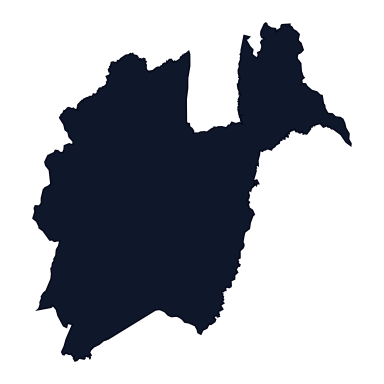 outline of Isoka, Muchinga, Zambia
{"feature_id": "96606910B95554535134500", "entity_name": "Isoka", "entity_type": "district", "adm_level": 2, "iso_a3": "ZMB", "parent_name": "Zambia", "parent_adm1": "Muchinga", "projection": "natural_earth1", "projection_center": [32.81, -10.022], "detail": "fine", "context": "isolated", "style": "filled", "palette": "ink", "viewbox_px": 384, "rotation_deg": 0, "n_neighbors": 0, "source": "geoboundaries", "source_scale": "gbopen_adm2", "svg_char_len": 5834}
<svg xmlns="http://www.w3.org/2000/svg" viewBox="0 0 384 384"><path d="M219.3,316.4L218.8,315.7L219.3,314.6L218.6,313.6L218.9,310.5L220.4,310.7L222.8,309.1L220.4,305.3L223.8,303.1L222.2,301.9L223.6,299.6L222.7,298.2L223.4,296.7L222.6,296.0L222.7,293.8L221.7,293.1L221.9,291.9L222.5,291.3L223.6,291.6L224.4,290.3L225.8,290.4L225.5,288.1L226.6,286.9L229.1,287.6L230.7,286.9L231.2,285.8L230.9,280.8L234.6,279.1L234.6,275.1L237.6,272.4L236.0,269.5L237.8,266.4L239.4,266.2L240.0,264.8L237.8,263.2L238.5,261.7L237.6,260.0L238.3,258.7L240.0,257.9L240.0,250.7L243.0,248.0L243.8,246.1L243.9,244.5L242.8,242.1L244.1,234.6L244.8,232.1L249.4,228.6L250.2,222.7L252.8,215.8L254.3,214.5L252.4,210.1L249.3,208.2L248.2,204.3L249.4,202.3L247.3,200.1L248.6,198.5L249.3,195.4L248.4,193.0L248.7,191.2L250.0,190.4L250.7,191.0L251.2,188.5L254.6,185.2L253.7,184.9L253.9,183.5L254.3,183.2L256.4,185.5L256.7,183.9L258.7,183.7L256.8,180.0L254.1,180.9L253.4,180.1L256.1,170.8L255.6,168.9L256.4,168.0L255.6,166.8L257.0,164.9L258.2,165.6L257.9,160.3L259.4,154.7L259.8,150.4L262.6,151.3L263.4,150.1L265.5,149.9L267.1,148.6L271.5,149.9L272.2,148.3L274.8,146.7L275.7,145.1L279.3,143.1L279.3,141.7L280.0,140.6L281.8,140.1L282.0,138.5L284.8,139.1L285.1,135.9L288.0,137.1L288.2,136.2L286.9,133.8L289.2,133.7L289.0,131.7L290.6,131.4L291.3,130.0L292.1,130.6L294.5,129.3L296.1,131.7L297.7,131.5L299.3,132.9L300.1,132.3L300.7,132.8L302.1,131.4L302.4,132.5L303.4,132.9L303.3,134.0L304.6,133.5L306.7,134.0L310.4,129.1L310.6,127.1L312.1,126.9L312.6,125.3L314.6,125.7L315.1,124.8L320.2,123.5L323.4,127.1L327.5,125.6L327.8,126.9L330.2,127.3L331.4,128.8L333.1,128.8L340.9,134.5L346.0,142.0L350.8,145.6L351.0,143.5L348.6,139.3L349.0,133.7L345.7,128.0L344.6,123.2L342.9,119.3L340.5,117.6L335.4,116.9L332.4,113.9L327.8,113.4L325.0,108.3L324.6,105.2L323.4,103.7L322.1,95.6L319.9,95.0L317.0,92.0L311.8,90.5L306.8,86.2L305.6,83.9L302.2,83.7L301.5,79.7L304.1,77.7L302.9,76.2L301.2,71.1L300.7,63.3L297.2,58.9L297.0,57.2L297.7,53.9L300.6,52.7L303.2,49.9L300.9,43.1L298.9,41.5L298.0,39.6L299.2,34.4L296.3,31.3L293.2,29.6L292.1,27.3L289.6,25.5L289.9,24.2L281.9,24.7L281.1,25.8L281.0,28.1L277.3,30.4L276.6,31.7L275.4,28.6L271.2,28.1L267.2,25.6L266.7,23.6L265.7,23.0L264.3,24.2L261.0,31.4L260.8,34.7L261.7,37.2L263.8,38.5L264.0,40.0L261.9,40.2L260.7,42.3L261.9,45.2L261.9,47.3L260.7,51.3L257.7,52.6L258.4,54.7L257.5,57.8L255.7,57.4L251.9,54.3L252.9,49.8L249.9,46.6L246.0,39.9L246.1,38.7L247.6,38.8L249.5,36.9L244.1,35.5L241.1,50.8L241.4,52.3L240.2,54.3L241.1,56.1L240.4,57.6L240.7,59.4L239.0,63.9L239.5,66.8L238.3,70.1L238.4,73.2L239.2,74.0L238.7,74.3L239.3,76.3L238.8,77.4L240.1,78.4L239.0,80.2L238.6,83.6L237.5,84.1L238.1,88.8L239.4,91.6L239.0,93.0L239.9,93.7L239.3,94.6L240.5,94.8L238.3,99.7L239.0,100.8L238.1,101.7L239.2,102.7L238.4,104.1L239.4,105.6L238.2,106.5L238.1,110.1L239.0,110.3L238.5,111.2L239.1,114.9L239.7,115.8L240.9,115.6L239.5,116.8L240.6,118.5L240.7,120.9L241.4,121.1L242.4,123.9L239.9,122.6L235.7,123.7L231.8,122.3L229.8,125.5L228.5,125.2L226.3,127.9L222.0,126.8L217.9,126.9L217.0,127.7L214.1,127.1L213.4,128.4L212.3,128.4L206.9,132.3L204.6,131.8L200.5,132.1L198.4,133.2L193.2,133.1L193.6,131.1L191.9,128.4L189.6,126.7L189.3,123.6L186.9,123.3L186.4,121.4L186.2,99.3L187.6,88.1L187.6,78.3L189.7,65.8L189.6,54.2L188.7,51.3L185.5,54.0L184.3,54.1L183.9,55.3L182.6,55.2L181.8,56.9L180.7,57.0L180.2,59.0L175.8,61.9L174.7,61.1L173.6,62.3L171.2,59.4L169.3,59.6L167.7,61.7L166.8,61.3L166.8,62.5L165.6,63.5L164.7,63.1L162.9,64.1L162.6,65.5L160.9,66.1L159.8,67.5L158.1,67.1L156.2,67.9L152.8,70.7L149.7,71.2L149.5,72.1L146.8,70.2L146.0,68.0L146.2,64.9L145.3,63.9L146.1,61.6L144.5,60.7L145.0,59.2L143.8,58.4L142.0,59.3L139.9,58.7L139.6,59.8L137.9,58.7L138.1,57.6L136.8,55.7L133.4,55.0L132.7,53.4L131.2,54.2L130.3,53.6L128.7,54.9L125.9,55.2L120.7,58.7L119.3,60.7L117.6,60.6L117.9,62.0L116.0,62.3L115.8,63.1L113.3,62.0L111.4,62.4L110.7,65.7L111.1,66.1L109.8,66.6L110.1,67.4L108.5,69.6L109.2,71.9L110.3,71.7L110.3,73.3L109.5,75.1L106.3,76.4L108.0,80.3L106.6,82.1L107.1,82.9L106.3,84.6L104.5,86.4L102.5,87.0L102.4,87.9L99.4,88.2L98.6,89.4L98.7,90.4L97.5,90.8L97.6,92.5L95.6,94.4L93.3,94.0L92.9,95.6L91.2,96.8L89.9,96.4L87.3,98.2L87.0,97.7L83.4,99.4L83.3,100.7L82.0,100.5L78.0,104.6L77.1,109.2L77.7,109.9L74.5,109.4L73.4,108.2L71.9,108.8L68.9,107.6L67.5,108.0L65.2,110.7L64.0,110.7L62.9,113.5L61.0,114.8L60.8,117.0L59.7,117.2L59.9,118.1L63.9,124.4L65.2,129.9L68.0,132.0L69.1,136.9L73.2,141.5L73.1,143.9L71.6,144.7L69.2,143.8L64.4,145.7L64.1,149.5L62.8,152.6L60.0,152.6L57.9,150.7L55.3,150.4L54.4,152.6L47.9,155.6L44.9,162.0L45.7,165.3L49.3,169.9L50.9,183.9L48.6,186.1L45.0,187.8L43.4,189.7L41.4,198.2L41.4,203.1L39.3,206.1L35.3,205.8L34.3,208.2L35.0,211.6L33.0,218.4L36.7,221.4L39.1,226.5L39.1,227.9L43.1,230.7L49.8,240.1L52.5,239.7L53.3,240.9L55.0,241.4L57.1,240.7L59.9,241.0L58.6,246.1L56.5,249.6L55.9,255.7L53.9,259.2L54.3,260.9L52.6,263.0L52.0,267.4L51.0,268.4L51.6,273.9L51.1,278.9L46.0,291.1L43.6,293.0L41.4,296.6L41.7,298.3L40.1,302.2L40.2,304.8L38.9,308.6L37.6,309.8L51.0,307.3L53.0,305.5L56.4,309.5L58.0,315.5L63.5,325.9L66.6,327.4L67.4,323.2L72.6,324.5L66.3,339.1L64.3,346.2L61.7,352.0L62.8,354.4L64.1,354.8L65.5,353.0L69.2,354.4L71.1,354.1L72.7,356.2L74.3,356.8L73.4,358.2L75.0,361.0L76.9,360.4L79.2,358.1L84.2,359.1L85.0,358.2L84.3,357.2L86.8,355.9L87.6,356.7L88.7,356.2L89.9,358.5L90.3,357.9L89.7,356.4L91.1,355.3L89.4,352.4L90.7,350.0L93.6,347.0L99.4,344.1L103.4,340.6L106.2,339.8L106.2,339.0L107.8,339.2L155.0,310.2L157.3,309.6L160.0,309.5L164.7,311.6L168.2,315.2L171.5,316.6L176.6,316.1L179.4,317.1L182.3,319.2L184.7,322.1L189.0,322.9L195.1,325.6L197.3,329.6L198.0,332.6L200.9,334.2L202.7,330.2L206.9,328.1L208.8,324.3L211.1,324.3L214.8,321.7L215.6,319.5L213.9,317.7L214.6,316.3L216.5,315.2L217.4,316.9L219.3,316.4Z" fill="#0f172a" stroke="#020617" stroke-width="1.5"/></svg>